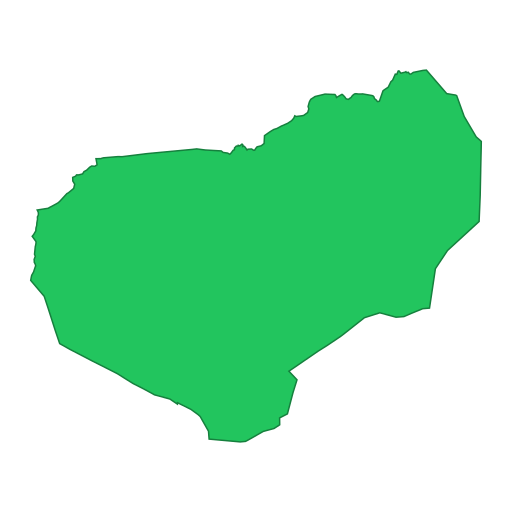 San Martín Huamelúlpam, Oaxaca, Mexico (Natural Earth projection)
{"feature_id": "50627088B44400770228154", "entity_name": "San Martín Huamelúlpam", "entity_type": "district", "adm_level": 2, "iso_a3": "MEX", "parent_name": "Mexico", "parent_adm1": "Oaxaca", "projection": "natural_earth1", "projection_center": [-97.612, 17.395], "detail": "fine", "context": "isolated", "style": "filled", "palette": "green", "viewbox_px": 512, "rotation_deg": 0, "n_neighbors": 0, "source": "geoboundaries", "source_scale": "gbopen_adm2", "svg_char_len": 2755}
<svg xmlns="http://www.w3.org/2000/svg" viewBox="0 0 512 512"><path d="M37.2,210.0L38.2,212.0L38.4,213.7L38.3,215.2L37.4,216.9L37.5,219.3L36.9,222.7L36.7,225.5L36.0,227.9L35.8,230.9L33.6,234.6L32.2,236.3L36.0,241.6L36.0,243.1L35.6,245.4L35.3,246.4L34.5,254.3L35.3,256.2L34.1,259.5L34.2,260.2L34.3,262.4L35.1,263.8L35.7,265.9L35.2,267.0L33.6,271.9L31.7,275.3L31.3,277.0L30.7,280.4L38.5,289.6L44.2,296.3L47.9,307.5L55.3,330.6L59.7,343.6L70.2,349.5L92.9,361.3L109.0,369.4L117.4,373.7L125.8,379.0L133.2,383.6L141.9,388.0L152.0,393.4L154.4,394.8L169.8,399.0L177.4,404.1L177.5,402.7L190.8,409.3L198.1,414.6L200.2,416.5L208.5,431.2L209.1,439.1L240.2,441.9L245.5,441.4L247.8,440.2L251.9,437.9L258.0,434.4L263.3,431.4L274.0,428.5L279.7,424.8L279.6,417.9L287.4,413.9L293.0,392.6L297.0,379.8L288.9,371.2L317.9,351.3L327.7,345.1L336.6,339.1L341.3,335.9L344.9,333.1L353.9,326.0L364.4,317.7L379.8,312.8L396.0,317.2L403.9,316.6L411.5,313.3L422.7,308.7L429.5,308.1L430.8,299.5L433.9,278.8L435.4,268.7L439.5,262.5L447.5,250.5L479.1,221.5L480.2,195.2L480.7,170.6L480.7,169.1L481.2,147.6L481.3,141.4L476.2,136.9L464.2,116.5L456.7,95.7L455.7,95.1L446.7,93.6L426.4,70.1L423.0,70.4L413.3,72.4L411.2,73.9L410.1,74.1L409.4,73.8L408.4,72.3L406.5,72.6L405.9,71.7L405.3,72.1L400.9,73.2L399.0,70.9L398.8,70.9L398.2,71.0L397.1,73.6L396.8,74.4L395.3,74.1L392.6,80.2L390.9,81.7L388.2,87.2L384.3,89.8L383.0,90.8L379.4,101.2L378.7,101.4L377.7,101.6L377.0,101.1L376.4,100.1L375.7,99.6L374.5,98.6L374.2,97.8L373.9,96.8L372.9,95.8L371.9,95.5L362.6,93.9L361.3,94.0L358.3,94.0L355.9,93.7L354.4,94.0L352.5,95.5L350.9,97.7L350.2,98.0L348.3,99.4L346.1,98.8L344.9,97.1L344.6,96.7L342.4,94.5L341.8,94.4L338.5,96.3L336.5,97.5L335.9,95.7L335.1,94.7L334.9,94.5L325.0,94.1L315.1,96.5L310.8,99.3L309.6,101.4L309.2,102.5L308.1,106.5L308.8,108.9L307.7,112.5L303.7,115.4L301.8,115.8L296.0,116.5L294.8,115.8L293.8,118.1L291.6,120.7L287.7,123.3L281.3,126.1L279.5,127.1L276.9,128.5L273.7,129.5L270.4,131.5L264.5,135.6L264.1,143.5L261.2,145.8L257.1,146.8L256.0,148.1L255.1,149.4L254.7,150.2L253.7,150.3L251.6,149.0L247.9,149.2L247.0,150.0L245.3,147.4L244.6,146.7L243.8,146.1L242.7,146.5L242.9,145.0L242.0,144.1L239.7,145.9L238.2,145.3L237.9,146.1L236.3,146.1L234.5,148.0L234.4,149.7L233.1,150.3L231.3,152.8L229.8,154.3L227.7,153.1L223.0,152.4L221.4,151.0L220.8,150.9L205.3,150.0L196.7,148.9L192.4,149.4L147.2,153.6L122.1,156.7L118.0,156.6L103.6,157.8L101.9,158.2L101.1,158.6L96.0,158.7L97.1,164.8L94.8,166.3L91.7,166.0L89.7,167.2L86.6,170.2L84.0,171.6L82.6,173.9L78.7,174.9L76.5,174.9L75.6,176.2L72.7,177.4L72.8,181.0L74.7,184.2L73.7,188.4L68.4,192.8L66.9,193.6L59.7,201.4L58.1,202.8L56.2,203.9L51.6,206.4L49.6,207.4L49.0,207.7L48.6,208.2L37.2,210.0Z" fill="#22c55e" stroke="#15803d" stroke-width="1.5"/></svg>